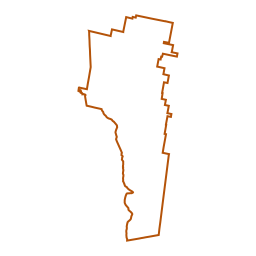 Choya, Santiago del Estero, Argentina (Robinson projection)
{"feature_id": "61730980B98686515489678", "entity_name": "Choya", "entity_type": "district", "adm_level": 2, "iso_a3": "ARG", "parent_name": "Argentina", "parent_adm1": "Santiago del Estero", "projection": "robinson", "projection_center": [-64.902, -28.858], "detail": "fine", "context": "isolated", "style": "outline", "palette": "amber", "viewbox_px": 256, "rotation_deg": 0, "n_neighbors": 0, "source": "geoboundaries", "source_scale": "gbopen_adm2", "svg_char_len": 4849}
<svg xmlns="http://www.w3.org/2000/svg" viewBox="0 0 256 256"><path d="M154.5,19.2L151.5,18.6L136.2,15.4L135.7,17.6L132.7,16.9L132.4,18.6L128.2,17.6L126.2,17.1L123.2,31.9L123.2,32.0L112.0,29.4L110.6,35.9L110.6,36.0L90.3,31.2L89.0,30.9L89.1,31.2L89.2,33.6L89.2,34.9L89.5,40.4L89.6,43.8L89.6,44.0L89.7,46.1L89.7,46.3L89.9,49.1L90.0,51.4L90.0,51.5L90.1,54.8L90.7,67.1L88.9,77.7L88.0,82.6L87.8,83.7L86.9,89.2L80.2,87.8L79.1,87.5L78.9,87.6L78.5,90.3L78.6,90.5L78.7,90.9L78.6,91.0L78.9,91.2L79.1,91.3L79.3,91.2L79.5,91.2L79.8,91.1L79.9,90.9L79.9,90.7L79.9,90.2L80.0,90.2L80.3,90.1L80.6,90.2L80.7,90.4L80.8,90.6L80.8,90.9L80.8,91.0L80.9,91.3L81.0,91.4L81.0,91.6L80.9,91.7L80.9,91.8L80.7,91.8L80.4,92.0L80.4,92.4L80.5,92.6L80.7,92.8L80.8,92.8L81.1,92.8L81.2,92.7L81.3,92.6L81.5,92.5L81.8,92.7L81.8,92.9L81.9,93.1L82.0,93.3L82.0,93.5L82.4,93.7L82.5,93.7L82.8,93.8L82.9,94.1L82.8,94.3L83.0,94.3L83.2,94.2L83.4,94.2L83.6,94.2L83.8,94.2L83.9,94.3L84.0,94.3L84.3,94.3L84.5,94.4L84.6,94.6L84.8,94.7L85.1,94.7L85.3,94.7L85.4,94.8L85.5,95.0L85.4,95.1L85.3,95.3L85.2,95.5L85.1,95.9L85.1,96.0L85.1,96.6L86.5,104.9L86.7,105.7L91.2,106.7L94.8,107.6L99.8,108.7L101.5,109.1L101.5,109.3L102.2,110.8L103.2,112.0L103.5,113.3L103.6,113.5L104.2,114.4L104.3,114.5L105.1,115.3L105.3,115.4L105.4,115.5L105.6,115.6L106.7,117.2L107.1,117.5L108.0,118.1L108.5,118.4L108.9,118.5L109.2,118.6L109.8,118.8L110.2,118.9L110.6,119.1L111.0,119.3L111.4,119.4L111.8,119.7L111.9,119.8L112.1,120.2L112.4,120.6L112.5,120.7L112.8,121.0L113.4,121.4L113.6,121.6L113.9,121.7L114.2,122.1L115.4,123.5L116.7,125.1L116.9,125.4L116.9,125.5L117.0,125.8L117.0,126.2L117.0,126.4L117.1,126.9L117.2,127.1L117.1,127.4L116.7,128.4L116.1,129.9L115.6,131.6L115.5,132.1L115.5,132.3L115.5,132.5L115.6,133.0L115.7,133.3L116.1,134.6L116.2,135.2L116.5,135.9L116.5,136.1L116.7,136.6L116.8,136.9L116.7,137.2L116.5,137.8L116.2,138.7L116.2,139.2L116.1,139.3L116.2,139.6L116.8,141.2L117.1,141.9L120.9,150.4L121.4,151.6L121.9,152.9L121.5,153.8L121.5,155.2L122.4,155.8L122.5,156.7L122.6,156.8L122.2,157.4L122.1,157.9L122.1,158.4L122.0,159.4L121.9,159.7L123.2,161.4L123.2,161.8L123.2,164.7L123.1,165.1L123.0,165.6L123.0,165.9L123.1,166.3L122.9,166.9L123.0,167.2L123.0,167.4L123.2,167.8L123.0,168.2L123.1,168.8L123.2,169.3L123.3,169.6L123.4,170.2L123.2,170.8L123.2,171.5L123.0,172.2L123.0,172.9L122.9,173.7L123.1,174.2L123.4,174.7L123.4,174.9L123.4,175.5L123.4,176.1L123.2,177.0L123.1,177.8L123.0,178.3L123.1,178.9L123.1,179.3L123.2,180.1L123.1,180.6L123.1,181.4L123.3,181.6L123.6,182.2L123.8,182.6L123.9,183.0L124.0,183.2L124.2,183.6L124.3,183.8L124.4,184.1L124.4,184.3L124.5,184.4L124.5,184.6L124.7,185.0L124.8,185.4L125.1,185.9L125.1,186.0L125.4,186.3L125.6,186.4L125.7,186.5L126.4,186.9L127.0,187.3L127.2,187.7L127.2,187.8L127.8,188.5L128.2,188.9L128.6,189.2L128.7,189.3L129.2,189.7L130.0,190.2L130.4,190.5L131.4,191.0L131.9,191.3L132.2,191.5L132.4,191.7L132.6,191.9L132.9,192.1L133.0,192.4L132.6,192.8L132.0,193.0L131.7,193.2L131.3,193.2L131.1,193.2L130.7,193.2L130.2,193.2L129.5,193.3L128.7,193.3L128.0,193.3L127.6,193.4L127.3,193.4L127.1,193.4L126.9,193.6L126.7,193.8L126.4,194.1L125.8,195.6L125.5,196.6L125.3,197.2L124.8,199.5L124.7,200.0L124.7,200.6L124.7,200.9L124.7,201.0L124.7,201.7L124.7,202.7L124.7,202.8L124.8,203.0L125.0,203.5L125.3,204.2L125.7,205.0L126.3,205.6L126.5,206.0L126.9,206.4L127.3,206.8L127.5,207.1L127.8,207.4L128.2,207.9L128.4,208.2L128.4,208.8L128.4,209.2L128.4,209.3L128.5,209.7L128.6,210.0L129.0,210.4L129.4,210.8L129.8,211.1L130.0,211.3L130.2,211.5L130.8,211.9L130.9,212.1L131.2,212.5L131.3,212.6L131.5,212.7L131.8,213.1L132.0,213.3L132.1,213.5L132.2,213.8L132.3,214.1L132.2,214.3L131.7,215.6L131.4,216.1L131.3,216.6L131.3,216.8L131.2,217.2L131.0,218.1L130.9,218.7L130.7,219.1L130.5,219.4L130.2,219.8L129.6,220.3L129.2,220.7L128.2,221.5L127.6,222.2L127.5,222.9L127.3,223.2L127.2,223.9L127.0,224.8L126.9,225.4L126.7,226.4L126.8,227.0L126.8,227.6L126.8,228.5L126.7,229.3L126.4,230.1L126.3,230.9L126.3,232.0L126.4,232.5L126.5,233.3L126.4,234.3L126.4,235.0L126.4,235.6L126.5,236.3L126.5,236.9L126.6,237.6L126.8,238.1L126.9,238.6L127.2,239.2L127.2,239.5L127.1,240.2L127.1,240.6L138.7,238.6L141.2,238.1L143.1,237.8L145.6,237.3L149.2,236.7L158.7,235.0L159.0,232.5L159.4,228.8L160.3,222.2L161.7,211.0L162.7,203.0L165.0,184.9L165.9,177.9L168.7,155.7L169.0,154.1L162.7,152.8L163.7,146.7L166.0,134.2L164.6,133.9L165.2,130.6L166.2,124.8L165.9,124.7L167.5,116.2L170.9,116.9L171.4,114.0L167.4,113.2L168.8,105.8L164.9,105.0L165.9,99.8L161.7,98.9L162.6,93.1L162.1,93.0L164.0,82.3L167.5,83.0L168.9,75.5L163.4,74.2L164.5,68.2L157.2,66.6L158.6,59.1L160.6,59.5L161.2,56.6L162.1,56.7L162.9,53.7L170.9,55.4L176.9,56.6L177.2,55.0L177.5,53.4L171.7,52.2L171.9,51.5L173.1,45.1L163.8,43.2L164.0,41.9L169.0,42.8L172.8,22.9L169.5,22.2L165.3,21.2L165.2,21.3L154.5,19.2Z" fill="none" stroke="#b45309" stroke-width="2"/></svg>